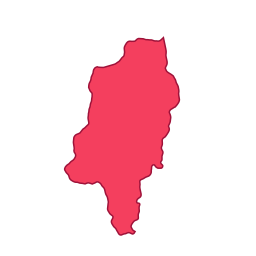 Villa Altagracia, San Cristóbal, Dominican Republic, rotated 31°
{"feature_id": "3306468B65787617435828", "entity_name": "Villa Altagracia", "entity_type": "district", "adm_level": 2, "iso_a3": "DOM", "parent_name": "Dominican Republic", "parent_adm1": "San Cristóbal", "projection": "robinson", "projection_center": [-70.202, 18.655], "detail": "fine", "context": "isolated", "style": "filled", "palette": "rose", "viewbox_px": 256, "rotation_deg": 31, "n_neighbors": 0, "source": "geoboundaries", "source_scale": "gbopen_adm2", "svg_char_len": 5867}
<svg xmlns="http://www.w3.org/2000/svg" viewBox="0 0 256 256"><g transform="rotate(31 128 128)"><path d="M70.1,91.4L69.2,92.6L68.8,93.3L68.7,93.7L68.6,94.5L68.6,95.8L68.7,96.2L68.9,96.9L69.5,98.3L69.8,99.1L69.9,99.9L70.2,102.4L70.3,103.3L70.6,104.0L71.2,105.4L71.4,106.2L71.6,107.0L71.8,109.6L72.0,110.4L72.4,111.5L73.4,113.5L76.1,115.5L77.1,116.0L78.5,116.4L79.1,116.7L79.4,116.9L79.8,117.4L81.1,119.7L81.8,121.5L82.8,123.6L83.0,124.4L83.3,126.1L83.5,126.9L84.2,128.6L84.5,129.4L84.9,131.4L85.1,132.2L86.1,134.3L86.6,135.9L87.5,137.6L88.1,139.0L88.5,139.8L89.2,140.8L91.4,143.3L91.8,143.9L92.1,144.6L92.2,144.9L92.1,145.6L91.6,147.3L91.0,149.7L90.8,150.4L90.1,151.8L89.9,152.6L89.8,153.4L89.5,155.9L89.4,156.8L89.2,157.2L88.8,157.9L87.3,159.9L86.9,160.6L86.7,161.0L86.5,161.8L86.4,163.1L86.5,163.9L86.8,164.7L87.6,166.4L88.3,167.9L88.7,168.6L89.5,169.6L91.1,171.5L91.9,172.5L92.6,173.5L93.2,175.0L93.6,175.6L94.4,176.4L95.0,176.7L96.0,177.2L96.6,177.7L97.1,178.2L97.3,178.6L97.6,179.3L97.8,180.1L97.8,181.4L97.8,182.7L97.6,183.5L97.3,184.3L96.5,186.0L96.3,186.8L95.9,188.9L95.6,189.6L94.8,191.3L94.6,192.2L94.4,193.6L94.5,194.5L94.6,195.3L94.8,195.7L95.0,196.1L95.5,196.6L97.6,197.8L98.3,198.1L100.5,198.7L101.2,199.0L101.9,199.5L103.7,201.1L104.4,201.5L105.2,201.8L106.1,202.0L107.3,202.0L108.6,202.0L109.9,201.8L110.7,201.6L112.6,200.6L113.4,200.4L114.9,200.1L115.6,199.8L117.5,198.9L119.5,198.2L120.1,197.9L120.3,197.6L121.1,196.5L121.6,196.0L122.1,195.5L122.4,195.4L123.5,195.0L126.2,194.4L128.0,192.0L128.9,190.4L129.2,190.2L129.5,190.0L129.8,189.8L130.5,189.6L131.2,189.6L132.0,189.6L133.2,189.8L133.9,190.1L135.5,191.0L136.2,191.2L138.0,191.7L138.8,192.1L139.8,192.9L141.9,195.1L142.9,196.0L143.6,196.5L144.9,197.2L146.0,198.0L146.9,198.9L148.1,200.2L149.0,201.2L149.5,202.0L149.8,202.8L150.3,203.9L151.1,205.6L151.9,207.4L152.3,208.1L152.8,208.6L153.4,209.1L153.7,209.3L154.7,209.8L156.0,210.5L156.7,210.8L157.4,211.0L159.3,211.2L159.9,211.3L160.6,211.6L160.8,211.8L161.0,212.1L161.3,212.8L161.4,213.5L161.5,215.1L161.6,215.9L161.7,216.3L162.1,217.0L162.3,217.3L162.9,217.8L163.5,218.3L166.4,219.8L167.1,220.0L169.0,220.4L169.7,220.7L171.3,221.7L172.7,222.4L174.2,223.3L174.9,223.6L175.6,223.7L176.3,223.7L177.0,223.4L177.3,223.2L177.5,223.0L178.3,221.9L178.7,221.3L179.2,220.8L180.5,219.7L181.4,218.3L181.9,217.8L182.5,217.3L182.8,217.2L183.5,216.9L185.7,216.7L186.3,216.5L186.7,216.4L186.9,216.1L187.1,215.8L187.4,215.1L187.4,214.4L187.4,213.1L185.5,213.1L184.7,213.0L184.3,212.8L183.7,212.5L181.9,211.4L181.4,210.9L181.2,210.6L181.1,210.2L180.9,209.5L180.8,208.2L180.9,206.5L181.1,205.2L181.3,204.4L181.5,204.0L182.0,203.3L182.9,202.1L183.3,201.4L183.4,201.1L183.4,200.7L183.4,200.3L183.3,200.0L182.9,199.3L181.8,197.7L181.4,196.9L181.1,196.2L180.8,194.5L180.6,193.7L180.2,193.0L178.7,190.9L178.3,190.1L178.0,189.4L177.7,188.0L177.4,187.3L177.2,187.1L176.9,186.9L176.6,186.9L176.3,186.8L175.8,187.0L174.8,187.4L174.5,187.4L174.2,187.4L173.7,187.1L173.2,186.5L173.1,186.2L172.8,185.4L172.8,185.0L172.8,184.2L173.0,183.4L173.1,183.0L173.9,181.3L174.1,180.6L174.1,179.8L174.0,179.4L173.9,179.0L173.5,178.3L173.0,177.6L169.7,174.1L168.6,172.7L168.2,172.0L167.3,170.1L165.9,168.2L165.5,167.5L165.4,167.2L165.4,166.8L165.4,166.4L165.7,165.7L167.3,163.4L168.4,161.2L170.5,158.5L170.8,157.8L171.0,157.0L171.1,156.5L171.1,155.7L171.0,154.9L170.9,154.5L170.6,153.7L169.8,152.4L169.2,150.9L168.5,149.6L168.2,149.0L168.1,148.2L168.1,147.8L168.2,147.4L168.3,147.0L168.5,146.8L169.0,146.3L169.3,146.2L169.6,146.1L169.9,146.2L170.2,146.2L171.3,146.8L172.0,147.0L173.2,147.1L173.9,147.1L174.3,147.0L175.3,146.5L177.0,145.4L177.3,145.2L177.5,144.8L177.6,144.5L177.7,143.7L177.5,143.0L177.4,142.7L177.2,142.4L176.9,142.2L176.6,142.0L175.3,141.7L174.7,141.5L174.1,141.1L173.7,140.6L173.5,140.1L173.5,139.8L173.6,138.7L173.6,138.1L173.3,137.4L172.0,135.3L171.6,134.6L171.4,133.8L171.0,132.2L170.8,131.4L170.4,130.8L169.9,130.2L169.3,129.8L168.4,129.3L167.8,128.9L167.0,128.1L166.6,127.4L166.5,127.0L166.0,124.7L165.6,123.9L165.2,123.2L164.0,121.5L163.6,120.8L163.4,120.4L163.3,119.6L163.4,118.8L163.6,118.1L164.1,117.1L164.4,116.4L164.5,115.6L164.6,114.7L164.7,112.9L164.7,110.7L164.6,109.4L164.4,108.6L164.1,107.9L163.7,107.3L163.2,106.8L162.2,106.0L161.9,105.7L161.8,105.4L161.6,105.1L161.5,104.3L161.2,101.9L161.0,101.1L160.7,100.3L160.1,99.0L159.6,97.8L159.3,97.1L158.5,96.0L157.6,95.1L156.7,94.4L155.6,93.6L155.3,93.3L155.2,93.0L154.9,92.3L154.9,91.9L154.9,91.1L155.1,90.3L155.2,89.9L156.1,88.3L156.8,86.8L157.2,86.2L157.6,85.7L158.0,83.5L158.1,82.6L158.2,81.3L158.2,80.0L158.1,79.1L157.9,78.3L157.8,77.9L157.4,77.1L156.9,76.5L154.7,73.9L154.0,72.9L153.5,72.2L152.9,70.7L152.7,70.4L152.0,69.3L151.2,68.4L149.8,66.8L149.2,66.3L148.5,65.8L146.5,64.6L145.9,64.2L144.2,62.6L143.6,62.1L143.0,61.8L142.0,61.3L140.4,60.3L139.7,60.0L138.5,59.9L137.3,59.8L134.1,59.8L133.3,59.7L132.5,59.6L132.1,59.5L131.5,59.2L130.0,58.2L129.5,57.8L129.2,57.5L129.1,57.2L128.9,56.5L128.7,54.0L128.5,53.2L128.2,52.4L127.8,51.7L127.1,50.7L124.2,47.6L123.2,46.4L122.6,45.3L122.1,44.2L121.7,43.5L121.3,42.8L120.8,42.1L119.4,40.5L114.5,35.2L111.8,32.3L111.4,33.8L110.7,36.0L110.6,36.3L110.2,37.0L109.7,37.5L109.4,37.8L108.7,38.2L107.7,38.6L106.5,39.4L105.8,39.7L105.1,39.9L103.6,40.2L102.8,40.4L100.9,41.5L99.5,42.1L98.3,42.8L97.6,43.1L96.9,43.3L95.4,43.6L94.7,43.9L91.4,45.6L90.8,46.0L90.4,46.6L90.2,46.9L89.9,47.6L89.4,49.4L89.1,50.0L88.9,50.3L86.6,51.8L84.9,52.6L84.3,53.1L83.8,53.6L83.4,54.3L83.3,54.7L83.2,55.1L83.0,56.0L83.0,57.0L83.0,58.4L83.1,59.3L83.2,60.2L83.5,61.1L83.8,61.7L84.3,62.4L85.7,64.3L86.1,64.9L87.1,67.4L87.3,68.0L87.3,68.4L87.3,68.7L87.1,69.4L86.8,70.3L86.6,71.1L86.3,74.1L86.1,75.3L85.8,76.0L85.1,77.4L84.5,78.9L83.9,79.9L82.6,81.4L76.6,87.9L75.8,88.7L74.8,89.3L73.5,90.0L72.2,90.7L71.6,91.0L71.0,91.2L70.1,91.4Z" fill="#f43f5e" stroke="#9f1239" stroke-width="1.5"/></g></svg>